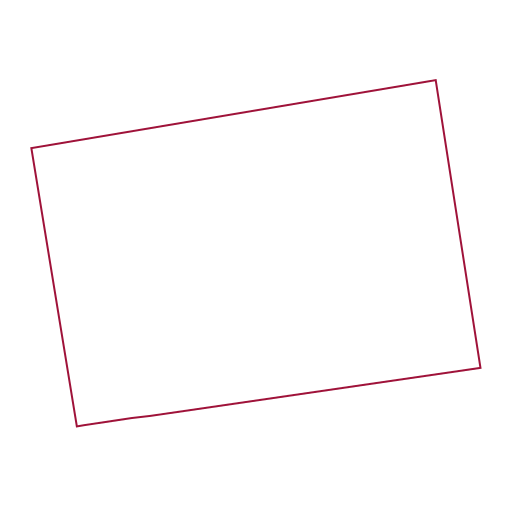 Dimmit, Texas, United States of America (orthographic projection), rotated 171°
{"feature_id": "52423323B99675237938488", "entity_name": "Dimmit", "entity_type": "district", "adm_level": 2, "iso_a3": "USA", "parent_name": "United States of America", "parent_adm1": "Texas", "projection": "orthographic", "projection_center": [-99.607, 28.423], "detail": "fine", "context": "isolated", "style": "outline", "palette": "rose", "viewbox_px": 512, "rotation_deg": 171, "n_neighbors": 0, "source": "geoboundaries", "source_scale": "gbopen_adm2", "svg_char_len": 260}
<svg xmlns="http://www.w3.org/2000/svg" viewBox="0 0 512 512"><g transform="rotate(171 256 256)"><path d="M452.1,115.8L404.2,115.4L385.3,114.6L51.8,110.4L51.0,401.6L461.0,397.7L459.6,115.7L452.1,115.8Z" fill="none" stroke="#9f1239" stroke-width="2"/></g></svg>